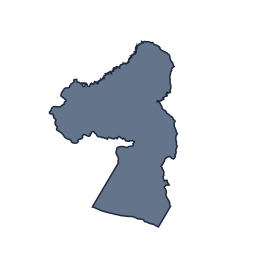 the district of Goianésia do Pará, Pará, Brazil, rotated 300°
{"feature_id": "56859067B9668801221635", "entity_name": "Goianésia do Pará", "entity_type": "district", "adm_level": 2, "iso_a3": "BRA", "parent_name": "Brazil", "parent_adm1": "Pará", "projection": "robinson", "projection_center": [-48.924, -4.018], "detail": "fine", "context": "isolated", "style": "filled", "palette": "slate", "viewbox_px": 256, "rotation_deg": 300, "n_neighbors": 0, "source": "geoboundaries", "source_scale": "gbopen_adm2", "svg_char_len": 5840}
<svg xmlns="http://www.w3.org/2000/svg" viewBox="0 0 256 256"><g transform="rotate(300 128 128)"><path d="M41.8,136.6L42.3,138.6L43.1,146.5L44.4,151.6L47.2,161.1L47.8,162.6L48.6,165.6L51.4,172.1L53.2,175.5L54.1,178.5L54.1,181.5L56.2,186.3L56.2,187.3L55.3,189.0L55.3,189.6L55.8,190.6L56.1,194.0L56.7,196.5L57.5,198.5L57.3,200.6L57.5,203.8L81.6,204.0L81.8,203.3L82.2,202.6L83.8,201.7L85.5,199.7L86.8,196.9L89.1,194.1L89.6,193.7L90.8,193.7L91.3,193.5L93.0,192.2L93.9,190.9L94.4,189.4L95.2,189.0L97.9,189.7L99.0,192.1L99.4,191.8L101.0,188.7L102.0,188.4L102.2,187.7L101.8,187.1L100.1,186.0L100.4,185.5L103.4,182.7L104.9,182.7L108.1,180.9L109.1,179.5L109.7,178.1L110.4,177.9L111.2,176.1L111.7,175.8L112.3,175.8L112.7,176.1L113.4,175.6L114.1,176.1L115.0,176.2L115.8,175.8L117.2,176.3L118.4,175.6L120.3,175.5L121.1,176.1L122.5,176.6L124.0,178.0L124.0,179.5L123.6,181.2L124.0,183.0L126.0,183.4L127.4,183.2L128.1,182.0L128.8,181.9L129.4,182.3L129.9,182.3L131.7,181.4L132.3,180.7L133.1,180.3L134.4,180.2L135.5,179.8L136.7,179.9L137.5,178.5L138.9,177.7L139.3,177.3L140.5,176.8L140.8,176.1L144.1,173.8L144.9,173.8L145.6,173.5L147.7,173.7L148.9,171.7L150.6,170.0L151.4,168.7L153.0,167.0L154.0,166.2L156.1,165.3L157.2,165.5L157.9,164.8L158.1,162.9L159.5,161.4L159.6,158.5L160.2,156.4L160.2,154.4L160.4,153.9L161.5,152.4L161.8,148.1L162.1,147.6L163.2,147.0L164.0,145.8L164.6,144.5L165.3,143.8L165.7,142.7L165.7,141.2L165.2,139.9L166.2,139.8L166.9,140.7L166.6,141.5L166.9,141.9L168.1,142.6L168.0,143.0L168.4,143.3L169.6,143.5L170.3,144.5L170.8,144.6L171.2,144.3L171.3,143.0L171.7,143.0L172.0,143.5L172.7,143.9L173.5,143.9L173.9,144.1L174.2,144.9L175.4,145.8L175.8,145.7L176.2,144.1L176.7,144.1L177.5,145.0L177.9,143.9L178.5,143.9L178.6,145.1L178.9,145.9L180.0,146.9L180.8,146.5L181.1,145.9L181.5,145.4L183.1,145.4L185.6,144.3L189.0,141.2L190.3,140.7L194.0,138.1L195.2,138.2L196.2,137.6L197.6,137.1L199.8,137.0L200.7,136.3L203.3,136.4L203.8,137.1L204.3,137.3L205.1,135.8L206.8,134.0L207.2,132.6L208.4,130.4L211.5,127.9L212.0,126.8L212.0,125.8L212.5,124.7L212.5,123.8L212.1,122.9L212.6,121.9L212.0,120.3L212.0,119.8L212.3,118.8L212.1,118.2L212.3,116.6L213.2,115.6L213.6,115.4L213.9,114.5L213.8,114.0L214.1,113.8L213.9,113.4L214.0,112.8L214.0,111.1L213.8,110.8L213.5,109.2L213.7,108.1L214.2,107.3L214.2,106.2L213.6,106.1L213.7,105.6L213.1,104.4L213.2,103.1L212.2,101.2L211.2,100.2L211.5,99.4L210.1,97.9L209.4,98.3L209.6,96.6L209.0,97.0L208.5,96.8L208.1,97.1L207.2,97.0L206.6,96.4L206.5,95.7L205.8,96.1L205.0,95.5L204.6,95.3L204.0,95.5L203.2,94.9L203.9,94.3L202.8,94.5L202.5,94.8L201.8,94.2L200.9,94.9L200.8,95.4L201.8,95.2L202.0,95.6L201.3,96.1L200.5,96.1L200.3,95.1L199.8,95.1L199.6,95.5L199.7,96.1L198.6,96.7L198.3,96.2L197.6,95.7L197.8,97.0L197.1,97.3L196.1,97.1L196.9,96.5L196.7,96.0L195.9,95.9L194.1,96.1L193.7,95.8L194.0,95.4L193.7,94.9L192.0,94.7L191.6,94.1L191.2,94.5L191.5,95.6L191.0,95.9L190.2,94.7L189.8,94.6L189.3,95.1L189.1,94.5L188.7,94.2L188.2,94.6L187.7,94.5L186.0,94.9L186.1,95.4L185.4,95.3L185.1,95.8L184.7,95.5L184.6,95.0L183.9,94.7L183.5,95.0L182.5,94.1L182.3,93.7L182.8,93.5L182.5,93.0L182.3,92.5L181.2,91.7L181.5,91.3L180.4,91.5L179.0,89.9L178.5,90.2L177.2,90.0L175.9,90.6L176.2,89.3L175.9,88.6L175.0,88.4L175.5,87.4L175.1,87.1L174.6,87.2L174.2,87.4L174.0,88.0L173.6,87.9L173.6,87.4L173.1,87.0L173.1,86.3L173.4,85.9L173.2,85.6L172.0,85.5L171.6,85.8L171.2,86.2L171.5,86.6L170.7,87.1L170.1,87.1L169.9,85.8L169.3,86.1L168.3,85.5L166.8,86.5L167.3,84.8L168.0,84.2L167.7,83.9L166.6,84.2L166.1,84.0L166.2,83.3L165.3,82.8L164.7,83.7L164.3,83.1L164.3,81.9L163.8,81.4L163.7,82.0L162.8,82.3L162.2,82.1L162.1,81.5L161.6,81.1L160.4,81.4L159.6,81.2L159.3,82.9L158.8,82.8L158.6,82.2L158.9,81.3L156.4,81.1L156.8,79.8L154.9,80.2L154.5,79.2L153.6,79.2L152.0,79.8L151.3,79.6L150.9,79.3L151.0,78.9L152.4,78.1L151.2,77.4L151.7,76.4L151.5,75.8L150.5,75.9L149.8,76.3L149.0,76.2L148.0,75.5L148.1,74.9L148.7,74.6L148.7,74.1L147.0,73.3L145.1,74.0L144.3,73.3L144.1,72.3L144.3,71.7L145.4,70.7L145.8,69.6L145.7,68.9L144.9,67.2L144.5,67.7L144.3,69.5L142.2,69.5L141.7,69.0L141.5,68.3L141.7,67.8L143.1,66.7L143.8,67.0L144.1,66.3L143.7,65.1L142.7,64.9L143.2,62.7L142.3,61.6L142.2,60.9L144.5,59.4L143.6,57.9L142.5,57.0L141.1,58.0L140.4,58.1L137.8,56.8L135.2,56.5L134.2,56.9L133.8,56.9L132.8,56.0L131.8,54.4L130.7,53.4L129.4,53.1L124.9,52.9L122.3,53.7L121.8,56.4L121.9,57.2L121.1,60.5L120.7,60.8L119.9,60.8L118.7,60.1L118.2,60.1L116.9,60.8L114.5,59.4L113.6,59.3L112.3,58.5L111.5,57.3L110.2,54.3L109.3,53.0L108.0,52.2L106.8,52.0L104.7,52.5L102.5,52.0L101.9,52.4L101.4,53.3L102.3,56.0L101.8,57.1L101.1,57.3L99.6,58.9L99.5,60.1L99.1,61.2L98.4,61.9L97.3,61.6L96.3,62.0L95.9,62.7L95.4,63.0L94.8,63.0L94.5,64.0L94.1,64.3L94.0,65.2L93.1,66.4L91.2,66.6L90.6,67.6L90.6,71.6L89.9,74.8L88.6,77.3L88.2,78.8L88.4,82.0L89.0,84.0L88.8,84.6L87.8,85.9L87.5,87.0L87.6,88.0L88.9,90.6L90.1,91.5L91.5,91.6L91.7,90.9L92.8,90.9L93.9,91.2L94.7,92.6L96.1,93.4L97.5,93.4L97.8,92.6L98.3,92.5L99.9,92.8L100.3,93.1L100.7,94.3L100.9,97.3L101.4,98.6L102.8,99.0L103.9,98.4L104.3,98.5L104.8,99.0L105.9,98.6L106.7,98.6L107.4,99.3L107.8,100.3L107.1,101.4L106.7,103.9L106.1,104.6L105.6,106.0L105.8,107.2L106.9,109.3L106.6,109.9L106.6,110.4L107.4,111.1L107.5,112.7L108.1,113.8L107.8,115.0L108.2,115.3L108.2,115.8L109.6,115.6L110.5,116.3L110.3,117.4L111.0,118.2L110.7,119.4L111.4,120.1L111.4,121.2L111.8,121.6L112.4,121.6L113.1,122.2L113.5,122.8L113.1,123.8L113.5,124.2L115.2,123.9L116.2,124.6L115.7,128.3L115.9,129.1L116.9,129.1L117.0,130.5L115.9,131.9L115.8,132.5L116.3,134.2L117.2,135.9L118.0,136.0L118.3,136.8L119.2,138.3L119.5,140.3L118.9,140.7L117.0,140.1L115.3,141.2L114.7,141.0L112.4,137.9L111.4,137.5L110.5,136.7L109.5,133.1L107.9,130.3L105.6,128.4L100.7,129.8L99.0,131.7L98.4,133.0L96.7,135.1L95.5,135.6L94.1,135.9L93.2,137.1L41.8,136.6Z" fill="#64748b" stroke="#1e293b" stroke-width="1.5"/></g></svg>